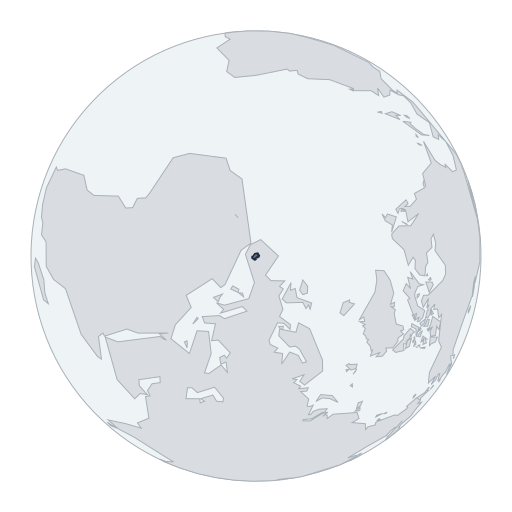 the Earth from above Ciudad Real, rotated 133°
{"feature_id": "ESP-5816", "entity_name": "Ciudad Real", "entity_type": "Autonomous Community", "adm_level": 1, "iso_a3": "ESP", "parent_name": "Spain", "parent_adm1": "", "projection": "orthographic", "projection_center": [-4.048, 38.963], "detail": "fine", "context": "on_globe", "style": "filled", "palette": "slate", "viewbox_px": 512, "rotation_deg": 133, "n_neighbors": 0, "source": "natural_earth", "source_scale": "10m", "svg_char_len": 11187}
<svg xmlns="http://www.w3.org/2000/svg" viewBox="0 0 512 512"><g transform="rotate(133 256 256)"><circle cx="256" cy="256" r="225" fill="#eef3f6" stroke="#a8b0b8"/><path d="M70.1,383.2L62.1,369.2L57.5,360.2L48.8,342.7L37.6,305.9L37.9,299.0L36.6,291.4L41.0,285.4L41.6,269.0L40.5,263.8L38.4,266.0L36.5,246.1L38.2,231.5L45.0,178.9L48.4,169.8L52.8,161.1L76.9,121.1L56.3,152.5L61.6,142.7L69.8,129.6L70.2,129.5L82.5,113.6L90.2,104.4L107.8,88.1L126.8,77.3L121.3,81.6L126.5,79.0L133.7,73.7L137.2,71.0L164.9,59.1L190.1,47.9L194.2,44.2L196.4,45.6L201.5,39.3L212.7,35.7L202.4,40.1L203.2,40.8L212.0,38.1L214.7,38.4L220.4,37.5L222.9,38.2L216.7,41.4L218.1,42.1L224.2,40.2L230.5,40.3L221.3,42.8L231.3,43.3L222.8,49.8L196.2,58.2L193.7,64.4L172.2,80.4L176.5,80.3L171.0,87.0L173.9,89.7L169.1,92.4L175.5,92.2L179.4,89.3L183.4,88.3L185.5,89.8L179.7,93.3L177.9,93.1L177.2,95.0L173.5,96.2L176.5,96.4L169.3,100.9L179.4,98.7L176.1,104.3L170.5,106.7L167.3,103.4L146.4,102.7L139.8,105.1L133.6,111.3L130.0,128.8L124.2,133.1L119.1,141.1L124.0,139.8L129.7,133.2L137.5,133.4L143.6,125.8L147.6,125.0L155.4,119.0L158.2,123.3L156.8,131.1L150.5,136.5L149.7,140.3L158.9,138.3L150.4,152.1L150.3,168.1L147.6,171.6L136.6,172.0L128.3,163.4L114.0,166.0L127.3,168.2L120.5,177.8L121.1,181.3L123.8,183.3L127.9,181.2L126.5,185.6L112.7,184.6L113.9,180.6L118.2,180.8L114.3,177.1L105.0,177.4L102.3,182.8L91.2,179.3L89.1,183.3L85.5,185.1L89.6,178.8L82.0,190.4L68.5,191.2L57.9,211.7L63.9,190.6L63.4,183.6L61.8,177.5L59.9,180.7L60.3,169.6L56.3,168.2L48.2,180.4L42.9,195.1L43.1,205.5L46.1,201.9L48.0,207.7L40.2,220.2L42.4,235.1L38.5,247.0L38.2,257.3L40.9,261.7L43.2,271.1L47.1,267.9L52.5,270.8L50.3,281.6L55.0,275.7L56.7,284.6L68.6,297.5L67.1,299.0L76.8,322.4L91.0,339.0L94.2,349.2L92.2,352.6L97.9,357.6L98.0,360.7L124.0,379.3L139.9,393.3L141.1,403.2L131.3,409.1L130.5,426.5L115.1,422.8L116.6,428.2L114.1,430.5L104.0,422.2L112.2,429.4L96.8,415.4L82.7,399.9L70.1,383.2ZM54.5,217.5L57.3,240.4L52.6,233.9L54.1,233.6L54.0,226.3L52.8,216.3L49.6,211.4L54.5,217.5ZM62.6,213.0L61.8,209.9L63.0,212.2L62.6,213.0ZM138.3,69.8L133.6,73.7L126.1,78.6L129.7,75.3L138.3,69.8ZM153.0,61.7L151.5,63.3L145.9,65.2L148.5,63.7L153.0,61.7ZM196.6,41.9L192.2,43.7L195.5,42.0L196.6,41.9ZM220.8,37.2L221.2,36.8L224.0,36.5L220.8,37.2ZM153.3,117.0L154.3,118.0L152.3,118.6L153.3,117.0ZM155.7,113.7L152.7,113.7L153.4,112.1L155.2,112.1L155.7,113.7ZM230.3,37.6L234.8,37.7L229.2,38.1L230.3,37.6ZM159.2,114.0L155.0,109.4L156.3,106.7L164.4,104.6L159.2,114.0ZM236.6,38.1L247.5,38.7L249.3,37.5L250.3,41.8L240.8,39.5L233.6,40.1L237.3,39.0L236.6,38.1ZM179.7,87.7L175.7,90.9L177.1,87.0L179.7,87.7ZM179.6,85.5L178.2,75.9L185.1,72.2L184.2,76.0L191.6,70.6L195.7,73.5L192.5,77.2L187.2,78.8L192.8,78.8L179.6,85.5ZM249.1,44.3L250.8,45.1L247.8,44.9L249.1,44.3ZM185.2,87.7L184.3,85.9L190.2,82.5L193.1,85.5L190.3,85.6L185.2,87.7ZM191.6,68.0L196.5,66.2L201.1,68.1L203.7,67.7L196.4,73.3L191.6,68.0ZM189.9,87.1L194.4,87.2L193.5,90.2L186.5,89.2L189.9,87.1ZM190.5,80.5L193.5,79.1L192.8,80.8L190.5,80.5ZM192.7,101.4L191.4,99.0L194.4,97.0L192.7,101.4ZM196.1,87.1L196.5,86.0L197.5,85.1L200.2,85.8L196.1,87.1ZM200.1,74.4L201.1,75.6L203.4,72.1L206.9,73.6L201.4,77.2L205.3,76.3L206.4,76.8L200.7,79.3L200.1,74.4ZM206.0,83.7L200.2,89.3L201.8,94.1L199.2,95.9L197.1,88.0L206.0,83.7ZM203.4,80.8L204.4,83.0L200.6,84.0L197.6,83.2L203.4,80.8ZM211.4,73.5L207.3,70.2L208.6,69.6L211.4,73.5ZM207.2,84.9L208.6,83.5L207.8,85.1L207.2,84.9ZM210.9,76.6L209.3,75.5L210.9,74.8L210.9,76.6ZM212.7,81.9L210.8,83.6L208.7,83.1L212.7,81.9ZM212.5,79.3L215.0,78.7L209.0,81.8L211.5,78.9L212.5,79.3ZM212.7,76.2L213.1,75.4L213.1,76.8L212.7,76.2ZM221.8,83.5L214.7,87.6L210.1,86.2L217.5,82.3L221.8,83.5ZM393.9,77.9L394.2,78.1L390.3,75.2L399.4,82.6L394.2,78.8L403.9,87.0L406.1,88.3L399.9,82.7L410.6,92.1L410.7,92.3L423.5,105.4L435.2,119.5L445.7,134.5L455.0,150.4L462.9,166.9L469.5,184.1L467.4,178.6L470.3,188.1L467.7,181.7L462.8,175.8L465.6,189.5L471.6,221.4L476.4,239.3L476.7,252.3L467.5,237.0L460.2,222.6L458.9,228.9L447.7,223.7L434.2,240.9L430.5,238.1L428.4,243.6L420.3,244.9L413.9,239.7L409.8,244.0L426.3,257.3L430.5,252.8L431.5,240.8L435.5,246.9L443.1,247.3L441.1,273.2L418.1,311.0L413.0,298.5L380.2,271.2L379.6,266.1L379.3,265.6L378.7,264.8L378.8,273.6L372.1,267.6L392.8,289.6L397.5,300.6L417.9,312.1L416.7,315.4L422.3,316.3L436.8,298.7L437.6,303.3L432.5,330.5L409.8,373.1L411.2,387.9L406.7,402.3L388.9,419.1L386.8,427.3L377.1,434.5L374.0,439.3L364.1,447.0L349.0,455.8L327.1,462.7L328.7,459.5L322.2,454.8L314.4,436.9L322.9,424.5L322.2,415.8L306.1,397.5L309.8,384.0L304.8,379.2L294.8,382.1L288.6,376.2L282.3,376.7L240.6,383.6L226.2,374.5L204.9,344.6L211.1,333.2L209.2,318.8L250.0,268.5L262.0,270.8L298.0,259.2L303.1,260.2L302.5,272.6L332.4,280.2L337.8,268.3L361.2,268.1L374.5,261.8L372.7,238.2L350.9,248.1L343.5,239.2L358.0,222.2L376.5,214.0L374.2,210.4L359.5,207.2L360.6,197.5L354.0,205.5L359.0,208.0L355.0,213.4L350.2,211.5L350.8,207.9L344.4,208.7L343.2,226.2L348.2,230.7L333.2,239.4L340.0,247.9L337.0,254.0L324.4,242.0L323.3,236.3L302.5,225.0L302.3,231.6L322.0,243.0L317.2,243.1L317.2,253.0L313.5,245.5L292.1,232.2L276.5,239.0L262.0,264.9L251.8,267.8L240.8,263.8L240.7,239.6L263.5,236.0L263.8,228.2L254.6,218.0L262.3,218.0L261.4,213.7L269.6,212.0L276.6,200.0L284.2,197.5L282.7,184.0L286.4,181.1L286.2,189.7L290.2,194.7L308.7,189.0L311.0,185.3L308.5,177.2L313.9,177.0L309.1,170.0L317.6,163.5L303.2,165.8L299.9,157.3L302.6,149.0L298.9,146.9L294.5,160.5L295.0,165.6L299.6,169.3L298.8,184.9L293.4,188.9L284.5,174.8L275.8,179.3L272.6,167.1L286.7,136.5L294.7,128.8L317.2,132.5L317.8,138.5L310.1,139.9L321.2,145.8L318.4,141.8L322.9,142.0L320.8,134.6L323.9,134.3L316.7,127.9L320.2,126.8L324.7,130.9L324.7,119.9L330.9,116.3L329.4,113.9L326.1,112.5L336.2,109.3L334.6,107.8L330.7,108.2L325.1,105.5L319.2,99.8L323.0,99.0L325.7,101.0L337.0,104.2L343.5,110.0L344.5,109.2L339.7,104.0L325.9,100.0L321.2,96.8L327.8,97.9L325.0,97.2L323.9,95.4L326.3,93.1L319.1,91.7L301.5,75.3L304.6,69.8L312.3,72.1L304.1,61.7L308.1,57.4L304.5,57.6L298.1,53.5L296.8,54.8L294.6,54.6L277.5,46.1L276.5,43.9L265.1,41.7L263.2,41.9L263.3,43.3L250.3,41.8L249.3,37.5L253.5,37.0L250.0,35.2L260.2,34.6L267.1,33.7L280.3,35.1L284.6,34.7L282.7,34.1L287.0,33.6L302.5,35.7L298.3,36.5L276.7,36.6L286.2,36.5L286.5,37.5L291.5,38.2L298.0,38.4L297.2,37.8L320.4,45.2L341.0,51.1L333.6,46.9L334.3,46.1L351.2,52.0L385.5,71.7L385.7,71.8L393.9,77.9ZM240.1,295.2L239.9,299.7L239.9,299.8L240.1,295.2ZM399.0,216.3L408.1,209.9L398.8,199.8L401.5,196.6L397.3,194.5L398.1,199.1L387.1,192.7L389.1,185.8L385.3,180.8L382.1,182.8L380.2,196.8L395.9,205.7L396.0,212.8L399.0,216.3ZM69.1,297.8L70.2,301.4L68.1,299.4L69.1,297.8ZM50.4,237.2L51.7,240.3L51.9,243.5L50.6,241.8L50.4,237.2ZM65.6,261.2L67.9,265.3L64.8,262.9L65.6,261.2ZM58.1,243.8L63.7,258.4L57.8,255.0L54.5,246.0L57.7,249.6L58.1,243.8ZM58.7,217.9L59.2,220.5L58.0,221.9L58.7,217.9ZM63.4,214.7L63.0,214.2L63.4,211.7L63.4,214.7ZM121.3,177.9L122.3,178.1L124.4,180.8L122.0,181.0L121.3,177.9ZM142.1,185.4L139.3,192.4L139.6,187.3L135.7,188.6L131.7,180.0L146.1,173.0L140.3,177.5L142.1,185.4ZM130.3,167.3L131.3,173.1L129.7,167.1L130.3,167.3ZM248.1,193.1L252.3,195.4L251.3,200.7L241.6,205.4L242.9,197.6L248.1,193.1ZM258.5,197.6L252.4,183.2L258.1,180.1L255.9,184.2L260.4,183.6L258.0,190.1L269.6,201.9L269.5,207.5L251.6,212.2L257.6,207.4L253.0,205.2L258.5,197.6ZM226.4,156.3L223.8,151.3L239.7,151.1L240.3,155.8L230.6,160.4L224.3,157.5L226.4,156.3ZM174.2,111.8L172.2,110.8L173.8,109.7L176.8,109.6L174.2,111.8ZM191.9,100.4L184.7,115.2L182.0,114.7L181.1,124.6L173.7,127.3L174.5,120.7L168.1,130.5L165.9,125.6L162.3,132.6L165.0,117.6L162.8,114.0L168.1,116.9L175.0,114.4L177.3,112.2L182.2,103.7L180.8,95.4L187.4,92.1L192.5,92.0L193.8,93.4L189.1,95.0L194.3,95.9L188.5,99.4L191.9,100.4ZM247.8,99.4L241.7,99.5L251.2,104.1L245.4,106.6L246.9,107.0L244.1,110.8L243.4,116.2L240.2,116.8L241.3,118.7L239.5,121.5L239.9,124.4L234.4,126.6L234.4,130.4L231.8,129.3L233.3,135.4L229.7,131.9L227.1,135.5L232.0,137.0L201.3,144.4L191.3,151.1L184.8,158.8L179.5,152.4L182.1,141.5L189.2,129.9L199.6,124.7L195.3,123.1L199.0,120.3L200.9,122.7L200.3,117.3L203.9,115.7L210.1,107.0L207.0,100.7L209.3,97.6L212.2,99.3L212.4,95.0L219.5,96.2L221.3,94.1L230.0,93.4L234.8,98.3L236.4,95.6L243.1,95.3L247.8,99.4ZM224.3,83.4L231.3,88.1L231.5,92.0L216.1,91.6L213.5,93.3L203.7,93.8L203.5,88.3L206.3,88.6L209.0,87.7L208.0,89.8L210.8,87.5L214.9,87.9L218.1,86.3L219.5,88.2L224.3,83.4ZM306.7,254.6L310.2,254.3L315.3,252.4L315.3,258.9L306.7,254.6ZM292.0,245.8L294.9,244.3L297.4,252.0L293.7,252.6L292.0,245.8ZM294.3,237.3L294.8,243.7L292.3,240.5L294.3,237.3ZM288.7,188.1L291.5,186.4L292.6,188.1L292.1,191.3L288.7,188.1ZM274.6,115.6L271.1,114.5L271.4,113.3L266.1,108.3L270.0,106.3L274.6,108.6L274.6,115.6ZM370.2,243.8L367.7,249.7L365.1,248.7L366.5,246.8L370.2,243.8ZM341.2,255.6L348.9,255.8L341.1,257.3L341.2,255.6ZM277.9,112.6L275.3,110.7L278.8,110.9L277.9,112.6ZM272.5,104.6L276.3,104.3L269.8,105.5L272.5,104.6ZM433.0,381.3L415.1,410.5L408.0,415.8L409.4,410.8L418.0,395.1L427.2,385.0L432.5,375.4L433.0,381.3ZM476.8,240.2L479.2,246.8L479.0,251.5L476.8,240.2ZM307.1,96.2L310.1,105.0L314.8,110.9L321.4,112.9L313.3,114.2L306.1,105.1L307.1,96.2ZM301.8,77.8L296.0,76.6L297.6,75.0L299.1,75.1L301.8,77.8ZM299.0,78.5L293.6,81.1L289.7,79.1L294.7,77.4L299.0,78.5ZM286.0,96.1L286.6,98.7L283.8,98.4L286.0,96.1ZM339.9,46.9L342.3,48.0L331.8,45.6L328.1,44.6L332.8,44.4L335.5,45.5L339.2,46.8L339.7,46.9L339.9,46.9ZM252.5,44.4L251.0,45.1L250.8,44.1L252.5,44.4ZM294.0,55.4L290.9,55.0L290.8,53.7L294.0,55.4ZM282.4,53.5L284.7,55.2L280.7,53.7L282.4,53.5ZM290.0,59.1L284.8,56.0L292.1,58.6L290.0,59.1Z" fill="#d9dde1" stroke="#a8b0b8" stroke-width="1"/><path d="M260.0,254.6L260.0,254.8L259.7,255.3L259.8,255.5L259.6,256.0L259.8,256.2L259.9,256.3L260.0,256.6L260.3,256.8L260.3,257.0L260.2,257.2L260.2,257.3L259.9,257.5L260.0,257.6L259.9,257.7L259.9,257.8L259.7,257.9L259.6,258.0L259.6,257.9L259.4,257.9L259.3,258.0L259.2,258.0L259.1,257.9L258.9,257.9L258.9,258.0L258.7,258.0L258.4,257.9L258.2,257.9L258.1,258.0L257.9,258.1L257.7,258.2L257.4,258.1L257.2,258.2L256.9,258.1L256.7,258.1L256.6,258.3L255.6,258.2L255.4,258.2L255.3,258.3L255.2,258.4L254.9,258.3L254.8,258.2L254.7,258.2L254.5,257.9L254.4,257.9L254.2,257.8L254.2,257.7L253.9,257.5L253.8,257.4L253.7,257.4L253.5,257.2L253.4,257.1L253.2,257.1L253.0,256.9L253.2,256.7L253.3,256.4L253.5,256.3L253.6,256.2L253.4,256.0L253.3,255.9L253.3,255.7L253.2,255.7L253.3,255.6L253.5,255.7L253.5,255.4L253.6,255.2L253.8,255.1L254.0,255.1L254.0,254.9L253.9,254.8L253.9,254.7L254.0,254.5L254.0,254.4L254.1,254.2L254.3,254.1L254.4,253.9L254.5,253.7L254.6,253.9L254.8,253.9L255.4,254.0L255.6,253.9L255.7,253.6L255.8,253.6L256.0,253.6L256.0,253.8L255.9,253.8L256.0,253.9L256.0,254.0L255.9,254.0L255.7,254.4L255.8,254.5L255.9,254.4L256.2,254.5L256.4,254.8L256.5,254.8L256.7,254.7L256.8,254.7L256.9,254.8L257.0,254.8L257.1,254.7L257.4,254.6L257.5,254.7L257.8,254.4L258.0,254.3L258.2,254.2L258.3,254.0L258.6,254.0L258.6,253.9L259.0,254.1L259.4,254.0L259.5,254.1L259.6,254.3L259.5,254.5L259.7,254.4L259.8,254.3L260.0,254.6ZM253.5,253.7L253.8,253.8L253.9,254.0L253.8,254.3L253.7,254.3L253.3,254.3L253.4,253.8L253.5,253.7L253.5,253.7Z" fill="#64748b" stroke="#1e293b" stroke-width="1.5"/></g></svg>